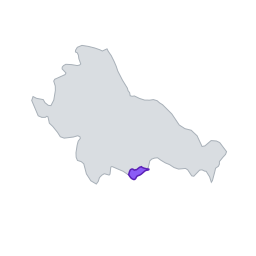 where Brežice sits in Slovenia, rotated 51°
{"feature_id": "SVN-938", "entity_name": "Brežice", "entity_type": "Municipality", "adm_level": 1, "iso_a3": "SVN", "parent_name": "Slovenia", "parent_adm1": "", "projection": "orthographic", "projection_center": [15.611, 45.93], "detail": "fine", "context": "in_parent", "style": "filled", "palette": "violet", "viewbox_px": 256, "rotation_deg": 51, "n_neighbors": 0, "source": "natural_earth", "source_scale": "10m", "svg_char_len": 2264}
<svg xmlns="http://www.w3.org/2000/svg" viewBox="0 0 256 256"><g transform="rotate(51 128 128)"><path d="M222.6,97.4L217.3,95.3L210.9,94.5L209.7,95.6L207.1,96.8L205.8,98.9L206.9,107.2L205.3,108.6L198.0,107.9L195.6,108.8L191.7,114.6L187.7,117.1L182.5,118.8L178.7,120.9L173.8,122.7L169.7,123.8L168.1,126.3L167.1,129.1L167.3,131.8L171.5,137.1L172.1,142.8L171.7,149.7L170.7,153.4L169.0,155.9L158.6,159.0L147.8,164.7L147.6,166.0L152.5,171.0L152.7,172.3L148.6,175.2L148.2,178.0L148.6,181.4L150.8,184.8L151.6,187.9L145.6,190.1L137.5,189.2L128.0,184.9L124.7,185.5L121.4,187.7L118.1,186.7L114.5,184.0L109.4,178.4L106.9,175.0L106.0,171.4L104.6,170.9L102.4,171.9L100.6,176.2L95.7,184.0L92.2,186.1L86.9,185.5L79.4,185.5L74.8,186.1L69.1,183.2L67.8,183.7L67.7,185.5L65.5,188.3L62.0,190.1L46.0,185.5L43.8,182.0L47.4,180.4L52.6,176.0L56.0,176.6L60.2,175.7L62.1,173.8L59.6,168.1L53.1,160.8L49.6,158.1L44.8,156.2L44.0,154.3L46.9,143.2L46.2,141.6L40.6,142.0L39.3,140.8L38.9,138.8L39.4,136.2L43.2,132.0L47.5,128.2L48.6,126.1L48.5,124.4L43.3,122.6L40.1,120.7L37.6,120.1L35.8,121.0L34.6,119.9L33.4,116.6L34.8,111.8L39.7,107.4L44.9,103.5L49.4,100.7L52.0,99.5L53.3,94.5L56.0,95.1L61.2,95.5L67.1,96.8L72.5,98.3L77.3,100.1L87.3,102.2L96.5,103.4L99.2,104.5L101.5,104.5L104.3,106.0L105.9,104.9L107.1,102.9L112.2,100.5L116.8,97.5L120.1,93.5L121.9,90.4L125.1,88.2L128.5,87.6L131.6,86.5L144.6,85.1L157.9,86.3L164.3,84.2L169.5,80.3L177.1,79.3L177.5,79.2L189.0,82.1L189.8,80.4L190.3,79.6L190.1,71.3L193.7,67.5L197.0,65.9L208.4,66.3L209.9,68.8L210.5,72.8L211.6,78.1L213.5,79.6L214.6,81.7L214.4,85.3L216.6,88.1L222.0,95.5L222.6,97.4Z" fill="#d9dde1" stroke="#a8b0b8" stroke-width="1"/><path d="M173.2,137.7L173.5,138.2L173.2,139.1L172.5,140.2L172.0,141.9L172.0,142.0L172.1,143.8L172.2,146.4L172.1,147.9L171.8,149.0L171.4,150.0L171.1,151.1L171.4,152.2L172.1,153.9L172.2,155.2L171.5,156.1L170.3,156.7L169.1,157.1L166.7,157.1L164.5,156.8L164.5,156.7L164.2,156.2L162.8,154.2L162.5,153.5L162.2,153.0L162.0,152.3L162.1,151.6L162.4,150.6L163.3,150.0L164.0,149.8L164.3,149.8L164.5,149.6L164.9,149.4L165.0,148.6L165.5,148.3L165.7,147.8L165.8,146.9L165.8,143.8L166.5,141.9L167.4,141.8L169.0,141.0L171.6,139.1L172.7,137.9L173.1,137.7L173.2,137.7Z" fill="#8b5cf6" stroke="#5b21b6" stroke-width="1.5"/></g></svg>